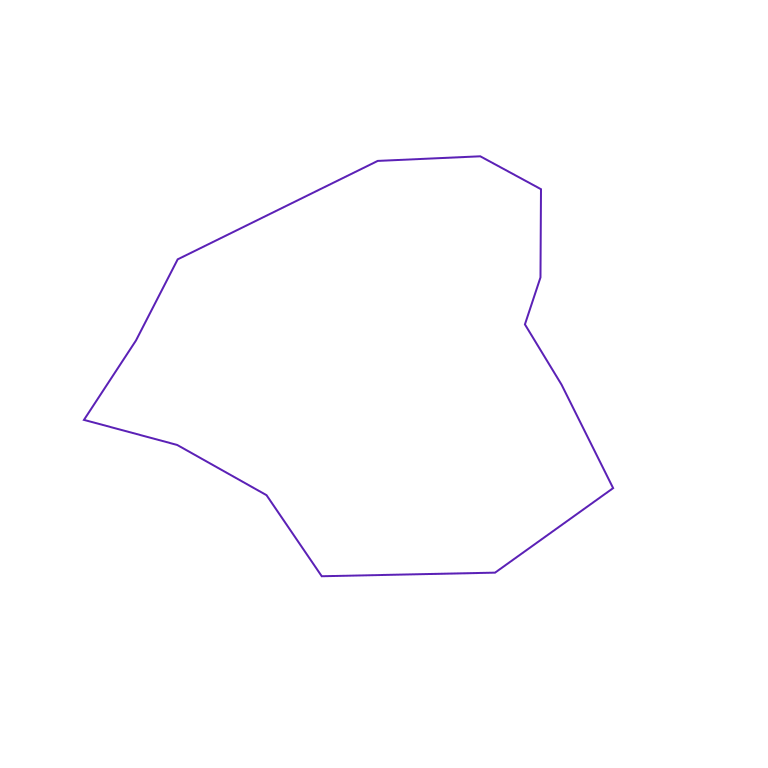 SVG path tracing the border of Birkirkara, rotated 318°
{"feature_id": "MLT-5939", "entity_name": "Birkirkara", "entity_type": "state/province", "adm_level": 1, "iso_a3": "MLT", "parent_name": "Malta", "parent_adm1": "", "projection": "orthographic", "projection_center": [14.465, 35.893], "detail": "fine", "context": "isolated", "style": "outline", "palette": "violet", "viewbox_px": 768, "rotation_deg": 318, "n_neighbors": 0, "source": "natural_earth", "source_scale": "10m", "svg_char_len": 346}
<svg xmlns="http://www.w3.org/2000/svg" viewBox="0 0 768 768"><g transform="rotate(318 384 384)"><path d="M137.0,209.9L228.8,185.7L314.1,153.3L528.6,214.0L607.9,279.2L631.0,344.3L571.6,409.5L528.6,434.0L515.5,503.3L484.6,614.7L340.3,598.5L209.1,485.2L222.3,388.0L189.5,290.9L137.0,209.9Z" fill="none" stroke="#5b21b6" stroke-width="2"/></g></svg>